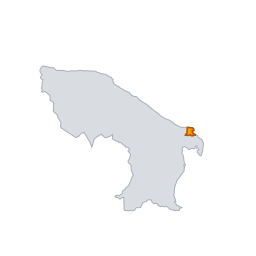 location of Sechura, Piura, Peru, rotated 149°
{"feature_id": "86281439B13089313750619", "entity_name": "Sechura", "entity_type": "district", "adm_level": 2, "iso_a3": "PER", "parent_name": "Peru", "parent_adm1": "Piura", "projection": "natural_earth1", "projection_center": [-80.698, -5.861], "detail": "fine", "context": "in_parent", "style": "filled", "palette": "amber", "viewbox_px": 256, "rotation_deg": 149, "n_neighbors": 0, "source": "geoboundaries", "source_scale": "gbopen_adm2", "svg_char_len": 5036}
<svg xmlns="http://www.w3.org/2000/svg" viewBox="0 0 256 256"><g transform="rotate(149 128 128)"><path d="M174.4,75.4L174.4,76.1L173.6,76.5L172.9,76.0L171.9,76.1L170.4,74.5L166.8,74.8L165.2,76.7L162.8,77.0L160.2,77.9L157.3,78.3L152.6,81.3L151.5,82.5L149.4,84.2L147.7,84.8L146.9,90.2L145.2,93.4L144.5,95.1L145.4,97.7L145.4,99.0L144.4,100.1L143.7,100.2L142.1,101.3L139.7,103.7L139.3,105.5L140.0,107.9L139.8,108.2L137.8,108.7L137.9,110.0L137.5,110.6L139.1,112.5L140.0,113.0L140.1,113.4L139.9,113.9L139.5,114.2L139.5,114.6L140.7,116.0L141.5,118.9L143.3,120.3L143.3,121.3L143.8,122.2L144.7,122.9L146.7,125.8L146.8,127.1L144.6,130.2L148.2,130.2L152.1,131.2L152.7,131.7L153.2,133.1L153.2,134.0L154.0,134.8L153.9,136.5L159.1,136.5L162.5,136.1L168.0,130.9L168.9,130.5L168.4,131.6L168.3,132.4L168.6,133.3L168.0,134.6L167.8,147.1L168.8,146.5L170.1,147.6L171.0,147.7L174.0,146.3L177.5,146.5L185.4,162.9L184.7,164.0L184.7,164.9L183.7,165.6L182.7,166.9L182.6,173.5L181.7,175.4L182.2,176.5L182.6,178.6L183.3,179.8L183.5,180.6L183.4,180.9L182.3,181.6L182.2,182.8L180.2,185.1L179.8,186.7L179.0,187.2L178.8,189.0L180.6,191.9L179.4,193.6L178.3,196.2L180.1,201.6L180.8,202.4L181.6,202.3L182.8,202.8L183.4,203.6L181.9,204.6L181.7,205.1L181.8,206.8L180.1,208.2L177.9,211.6L177.3,211.7L176.2,212.8L176.0,213.3L176.2,213.8L177.1,214.8L177.2,216.0L175.6,217.5L174.5,217.7L174.1,218.1L174.5,220.2L174.5,221.1L174.1,222.2L173.3,223.4L171.0,224.7L168.9,224.9L165.4,221.8L164.3,220.5L160.7,217.9L160.2,215.1L159.0,213.7L156.9,212.7L155.1,211.3L153.8,210.7L150.7,207.5L147.7,206.5L142.3,203.2L139.3,202.2L135.6,199.1L133.6,198.3L131.9,196.8L127.0,193.8L126.2,192.8L125.5,191.3L124.4,190.4L123.1,188.3L121.3,187.1L119.5,185.5L117.4,181.2L116.3,180.2L116.3,178.3L115.6,177.4L116.6,176.7L117.3,173.7L117.0,172.1L114.5,168.0L114.0,166.3L112.2,163.2L111.5,161.3L110.0,159.9L109.4,158.7L108.6,158.2L108.6,156.8L108.0,154.0L107.2,152.7L104.3,150.1L104.0,147.3L103.3,145.3L99.3,137.4L96.9,129.8L94.9,125.5L94.1,123.1L94.0,121.8L92.6,119.5L91.8,117.5L88.5,113.5L86.5,109.1L86.3,107.8L85.0,105.4L82.8,102.2L81.8,101.0L75.4,97.1L72.4,94.7L72.0,93.5L72.2,92.8L72.8,92.1L73.7,92.6L74.3,92.4L74.7,91.5L74.7,90.2L74.2,88.5L72.1,85.3L72.7,83.8L70.6,80.0L71.1,76.4L71.5,75.4L74.6,71.7L75.5,70.1L76.8,69.1L78.2,67.6L79.8,66.5L80.3,66.9L80.8,68.9L80.7,70.2L81.2,71.7L80.0,73.0L78.8,72.7L78.3,73.1L78.1,73.7L78.3,74.7L78.6,75.1L79.6,75.1L78.3,77.1L78.4,77.5L79.3,77.8L80.1,77.4L81.0,76.2L81.5,76.1L84.6,78.0L86.1,77.8L87.2,78.6L87.3,80.0L88.9,82.8L91.2,83.4L91.6,83.2L92.1,82.2L92.7,82.0L92.8,80.5L94.8,78.9L95.1,77.8L94.8,77.0L94.8,76.4L96.0,72.8L96.4,72.4L96.8,71.3L97.2,70.6L97.9,66.6L98.5,66.6L99.0,67.5L99.6,67.3L99.3,66.4L99.4,66.1L101.6,62.9L102.3,62.2L113.1,57.7L118.5,53.2L123.3,46.8L124.8,40.4L125.3,40.9L126.2,40.7L125.9,38.1L126.1,36.9L126.1,36.5L124.6,35.0L124.0,33.3L122.7,32.3L122.8,31.9L124.1,32.3L125.4,32.2L126.4,31.1L127.2,31.2L129.0,32.6L130.3,32.8L130.7,33.8L132.0,34.6L133.8,36.8L134.6,39.2L134.6,39.6L135.4,40.9L137.1,41.5L138.9,43.3L140.7,43.9L141.5,45.5L142.0,46.0L142.2,46.9L142.0,48.0L142.2,48.5L143.6,49.5L144.7,49.6L145.0,50.0L145.6,52.7L145.2,54.0L145.3,54.7L146.9,55.4L147.3,56.0L148.5,56.1L150.2,55.5L152.3,56.3L153.9,56.0L154.6,55.8L155.4,55.2L156.0,55.2L157.7,53.6L158.2,53.4L159.9,54.2L161.4,55.3L163.2,55.1L164.0,54.4L165.3,54.0L167.7,55.4L168.2,56.1L168.9,56.2L171.5,57.6L171.9,58.2L173.3,58.8L173.6,59.2L173.5,59.7L167.4,70.6L169.3,71.5L171.0,71.0L171.9,71.7L172.6,73.5L174.0,74.7L174.4,75.4Z" fill="#d9dde1" stroke="#a8b0b8" stroke-width="1"/><path d="M81.9,91.9L81.7,91.8L81.7,91.7L81.4,91.6L81.2,91.5L81.2,91.4L81.0,91.2L80.9,91.2L80.7,91.1L80.5,90.9L80.4,90.9L80.2,90.8L80.2,90.7L79.9,90.7L78.7,90.2L78.2,90.0L77.9,89.9L77.9,89.5L77.7,88.7L77.4,88.6L76.9,88.7L76.9,88.4L76.9,88.2L76.5,88.0L76.4,88.0L76.2,88.0L76.2,87.9L75.9,87.9L75.7,87.8L75.0,87.8L74.0,87.2L73.9,87.3L73.8,87.5L73.7,87.6L73.8,87.7L73.8,87.8L74.0,88.0L74.2,88.3L74.3,88.3L74.4,88.5L74.5,88.7L74.5,88.8L74.6,89.0L74.7,89.3L74.8,89.4L74.8,89.5L74.9,89.8L74.9,90.0L75.0,90.1L75.0,90.3L75.0,90.5L75.0,90.8L75.0,91.0L75.0,91.3L74.9,91.4L74.9,91.5L74.7,91.8L74.7,92.0L74.5,92.3L74.4,92.3L74.2,92.4L74.2,92.5L74.0,92.4L74.0,92.5L73.9,92.5L73.9,92.4L73.7,92.4L73.4,92.3L73.4,92.2L73.2,92.1L73.2,91.9L72.9,91.9L72.9,92.0L72.8,92.3L72.7,92.4L72.7,92.5L72.7,92.4L72.5,92.5L72.4,92.7L72.4,92.8L72.3,93.0L72.3,93.3L72.3,93.5L72.3,93.8L72.3,94.0L72.4,94.3L72.5,94.4L72.6,94.5L72.6,94.8L72.8,94.9L72.8,95.0L73.0,95.1L73.3,95.3L73.6,95.5L73.8,95.6L74.0,95.8L74.4,96.0L74.5,96.1L74.8,96.4L74.9,96.5L75.0,96.6L75.2,96.8L75.3,96.9L75.3,97.0L75.5,97.2L75.6,97.3L75.9,97.4L76.0,97.4L76.1,97.5L76.3,97.6L76.5,97.7L76.7,97.8L77.0,98.0L77.7,97.0L77.8,96.8L77.9,96.6L78.2,96.1L78.3,96.0L78.4,95.8L78.6,95.5L78.7,95.4L79.4,94.2L79.5,94.0L79.5,93.9L79.7,93.7L79.8,93.5L79.9,93.4L80.0,93.4L80.3,93.2L80.5,93.2L80.8,93.1L81.0,93.0L81.3,93.0L81.4,92.9L81.5,92.9L81.7,92.7L81.8,92.7L82.0,92.5L82.0,92.4L82.2,92.2L82.3,92.2L82.2,92.1L81.9,91.9Z" fill="#f59e0b" stroke="#b45309" stroke-width="1.5"/></g></svg>